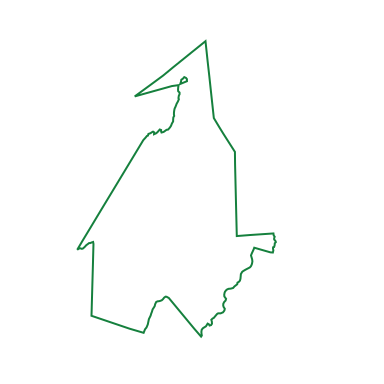 the district of Coroatá, Maranhão, Brazil, rotated 196°
{"feature_id": "56859067B50096291578715", "entity_name": "Coroatá", "entity_type": "district", "adm_level": 2, "iso_a3": "BRA", "parent_name": "Brazil", "parent_adm1": "Maranhão", "projection": "equal_earth", "projection_center": [-44.19, -4.166], "detail": "fine", "context": "isolated", "style": "outline", "palette": "green", "viewbox_px": 384, "rotation_deg": 196, "n_neighbors": 0, "source": "geoboundaries", "source_scale": "gbopen_adm2", "svg_char_len": 2601}
<svg xmlns="http://www.w3.org/2000/svg" viewBox="0 0 384 384"><g transform="rotate(196 192 192)"><path d="M161.8,242.4L178.0,256.7L183.8,262.0L191.4,269.1L200.7,291.9L207.0,307.4L212.9,321.7L220.6,340.7L230.6,326.5L244.7,306.4L251.9,295.9L261.6,283.3L273.4,268.1L240.5,288.3L234.4,291.0L234.0,288.2L233.6,286.4L233.0,285.0L231.4,284.2L230.9,282.6L231.2,281.0L230.9,278.5L230.2,277.6L230.5,275.1L230.8,273.8L231.1,272.6L231.2,271.1L231.4,269.1L231.7,267.5L231.6,265.8L231.3,263.7L230.8,261.7L230.1,260.2L230.5,258.6L230.1,256.5L229.6,254.6L230.2,252.3L230.4,249.9L230.9,248.2L231.5,246.8L232.3,245.3L233.4,244.9L234.4,243.8L235.4,242.4L236.3,241.6L237.7,240.8L238.4,241.7L238.8,243.1L240.2,243.2L240.9,241.7L241.7,240.0L242.6,238.6L244.4,237.1L244.8,238.9L246.1,239.3L247.2,238.2L248.1,237.1L249.9,235.8L249.9,234.1L250.8,233.4L251.7,231.3L253.1,228.5L256.5,215.9L269.1,169.3L273.1,154.6L276.6,141.6L281.3,124.1L283.8,114.9L286.4,104.9L284.9,106.6L283.8,107.1L282.2,107.0L281.2,107.7L280.2,109.3L279.6,110.4L279.0,111.7L277.9,113.1L276.9,114.5L275.7,114.9L274.6,115.8L273.3,116.7L272.4,114.9L267.3,95.2L262.4,76.1L256.7,53.9L256.2,52.0L254.5,45.3L241.8,44.7L214.4,43.4L199.7,43.3L199.3,47.1L198.4,49.2L198.0,52.5L198.4,57.9L197.7,61.8L197.7,63.8L197.5,65.9L197.5,68.3L196.9,70.2L196.4,72.0L196.5,74.0L196.1,76.4L195.0,77.4L193.7,77.9L192.5,78.6L191.2,79.6L190.3,81.1L189.7,82.7L188.6,84.1L187.5,84.3L186.4,84.0L185.2,83.8L180.5,80.6L152.0,61.1L143.4,55.5L143.0,56.7L144.1,59.1L144.5,60.5L144.7,62.3L144.0,64.0L142.8,65.4L141.6,66.7L141.1,68.3L140.7,69.8L139.5,69.6L138.3,68.5L137.0,69.3L136.5,70.9L137.2,72.9L138.2,74.5L137.3,76.1L136.4,76.9L135.6,78.7L134.3,81.6L133.4,82.6L131.1,83.2L129.0,84.9L128.2,87.0L128.3,88.8L129.1,89.5L130.0,90.3L130.7,91.5L131.1,93.1L130.8,95.0L129.8,96.9L129.8,98.7L132.1,100.5L132.7,102.1L132.9,104.0L132.8,105.3L132.1,107.0L131.4,108.0L130.2,109.0L128.1,109.8L126.0,111.1L125.2,112.9L123.8,114.8L123.1,115.8L123.3,117.4L122.1,118.7L121.5,120.0L121.5,121.9L121.9,124.1L122.4,126.6L121.7,129.2L120.9,130.2L119.6,131.6L118.4,132.8L116.7,134.4L115.5,135.6L114.9,136.9L114.6,138.7L114.6,140.0L114.8,141.9L115.6,143.8L117.8,147.3L117.6,149.4L116.9,154.0L116.8,155.6L114.7,155.6L100.0,155.6L97.6,156.1L97.7,158.3L98.5,159.8L98.8,161.2L97.9,161.8L97.9,163.6L98.3,165.5L97.6,167.0L98.4,168.0L99.9,169.0L100.3,170.2L100.2,171.8L101.5,172.8L102.3,174.6L124.2,166.7L136.8,162.0L145.7,190.4L158.2,230.4L161.8,242.4ZM233.1,292.6L233.0,295.0L233.2,297.0L232.0,298.4L231.1,300.3L229.2,300.0L228.0,299.1L227.4,297.1L233.1,292.6Z" fill="none" stroke="#15803d" stroke-width="2"/></g></svg>